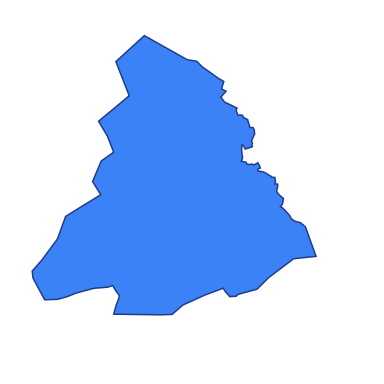 outline of Ilesha West, Osun, Nigeria, rotated 284°
{"feature_id": "59680162B98234428566305", "entity_name": "Ilesha West", "entity_type": "district", "adm_level": 2, "iso_a3": "NGA", "parent_name": "Nigeria", "parent_adm1": "Osun", "projection": "equal_earth", "projection_center": [4.729, 7.638], "detail": "fine", "context": "isolated", "style": "filled", "palette": "blue", "viewbox_px": 384, "rotation_deg": 284, "n_neighbors": 0, "source": "geoboundaries", "source_scale": "gbopen_adm2", "svg_char_len": 1822}
<svg xmlns="http://www.w3.org/2000/svg" viewBox="0 0 384 384"><g transform="rotate(284 192 192)"><path d="M69.9,58.6L51.8,75.1L55.3,87.4L60.2,96.1L66.0,104.2L68.8,109.2L74.9,120.3L78.0,129.6L79.3,133.3L82.0,137.7L78.6,141.1L77.8,141.9L73.7,146.7L70.0,146.6L64.1,145.8L54.5,145.6L65.2,191.1L68.4,202.3L78.6,209.4L80.2,210.6L84.5,216.0L95.0,229.3L106.2,245.5L104.8,246.9L103.5,248.4L102.4,249.9L101.5,251.4L99.6,253.8L101.5,260.0L103.8,261.4L113.4,278.6L127.5,287.1L151.8,306.7L159.6,327.9L185.6,310.5L188.5,304.6L188.5,299.6L189.3,296.6L190.1,294.8L192.9,292.4L196.5,287.0L198.7,283.3L199.2,281.3L202.0,282.7L207.7,282.4L210.7,276.5L212.8,274.1L215.2,273.8L218.6,273.8L220.4,273.2L219.7,270.6L222.1,270.5L226.2,268.9L225.6,265.8L226.3,265.2L226.9,263.0L228.5,258.1L228.6,256.8L228.7,255.1L228.6,253.3L228.2,250.9L230.5,250.5L231.8,252.5L233.9,251.1L236.3,248.8L233.1,245.5L233.6,244.0L232.0,238.7L233.9,237.6L233.8,232.4L236.4,232.8L237.5,232.8L238.1,232.4L238.6,232.4L239.5,232.0L240.9,231.3L241.9,231.0L244.2,230.2L245.9,229.8L247.9,229.3L249.9,229.2L249.1,231.0L247.8,232.3L246.6,233.1L247.1,234.3L247.8,234.9L248.2,236.0L248.8,236.9L249.2,237.6L249.7,238.2L250.0,239.1L250.7,239.5L251.4,239.1L252.5,238.7L254.1,238.8L256.0,237.4L260.7,238.2L263.5,238.8L267.4,237.3L269.3,235.6L268.6,232.6L271.2,231.1L273.8,229.6L273.9,229.1L275.4,228.8L276.1,226.8L276.5,225.2L276.5,224.3L277.6,223.2L278.8,222.2L277.7,217.9L281.5,215.3L283.7,215.1L284.3,215.4L286.4,205.8L286.7,203.4L287.3,201.7L291.0,197.1L298.0,200.6L299.2,195.7L306.9,196.1L309.2,188.7L316.0,171.5L320.0,164.9L319.2,155.3L332.2,107.9L300.1,86.6L270.2,107.8L238.0,84.2L225.7,96.5L212.0,106.1L211.6,106.3L200.1,96.4L178.1,93.0L167.3,104.1L137.8,75.3L114.0,72.8L103.7,68.6L89.5,62.7L76.6,56.1L69.9,58.6Z" fill="#3b82f6" stroke="#1e3a8a" stroke-width="1.5"/></g></svg>